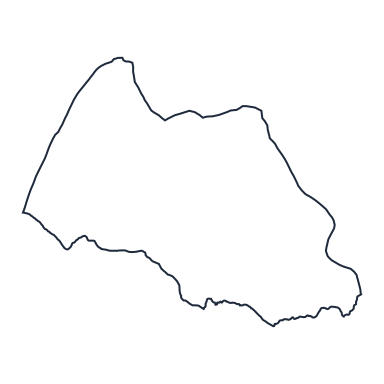 the district of Phaxay, Xiangkhoang, Laos
{"feature_id": "54806243B24491870004001", "entity_name": "Phaxay", "entity_type": "district", "adm_level": 2, "iso_a3": "LAO", "parent_name": "Laos", "parent_adm1": "Xiangkhoang", "projection": "equal_earth", "projection_center": [103.113, 19.269], "detail": "fine", "context": "isolated", "style": "outline", "palette": "slate", "viewbox_px": 384, "rotation_deg": 0, "n_neighbors": 0, "source": "geoboundaries", "source_scale": "gbopen_adm2", "svg_char_len": 5943}
<svg xmlns="http://www.w3.org/2000/svg" viewBox="0 0 384 384"><path d="M329.2,308.1L330.1,307.2L330.7,306.8L332.9,306.7L337.2,307.4L338.1,307.8L338.6,308.2L339.2,308.5L339.7,309.0L340.6,311.1L341.2,311.8L341.6,312.5L342.0,314.6L342.3,315.4L342.9,315.8L343.3,316.1L343.5,316.5L343.8,316.6L344.3,315.7L345.0,315.2L346.1,314.6L346.9,314.5L347.8,314.8L348.6,314.7L349.1,314.5L349.4,314.2L349.6,313.3L349.7,312.5L350.0,311.6L350.4,311.2L351.8,310.6L353.0,309.5L353.5,309.0L353.7,308.3L353.8,306.5L354.0,305.7L354.3,305.2L355.4,304.7L356.1,304.1L356.1,303.2L356.0,302.1L356.1,301.4L356.8,300.1L357.0,299.2L357.1,297.7L357.2,297.1L357.5,296.6L358.0,296.1L360.5,294.8L361.0,294.3L360.8,294.2L360.3,289.2L358.6,282.6L356.5,274.8L354.2,271.8L350.7,268.8L343.0,266.4L339.1,264.6L331.9,260.4L329.7,258.4L327.7,256.2L326.5,252.9L325.9,250.6L326.6,246.7L328.4,239.2L330.6,234.9L332.9,230.7L334.1,228.3L334.7,224.9L333.6,220.3L332.1,217.5L329.7,214.6L326.0,209.2L321.0,204.8L318.0,202.3L315.3,200.2L310.9,197.2L305.4,194.1L301.7,190.3L298.1,185.6L297.2,183.2L293.9,176.4L291.1,171.5L286.9,162.8L284.7,158.9L282.5,155.4L277.2,147.9L275.2,144.0L273.3,141.8L269.8,138.3L269.2,135.3L267.8,130.1L267.3,125.3L264.8,121.2L262.3,118.1L261.4,110.8L254.9,107.5L246.2,106.1L242.5,106.1L240.7,107.5L236.6,109.9L230.6,110.5L227.5,111.9L219.1,114.9L212.7,116.3L206.9,116.6L202.8,117.7L199.7,115.1L194.7,112.1L189.3,110.8L179.9,113.8L174.9,115.2L168.2,118.5L165.0,120.4L162.1,118.2L159.0,115.4L153.9,112.4L151.2,110.4L146.9,103.1L144.9,100.4L143.2,96.6L141.3,93.7L138.1,87.2L134.8,82.0L133.9,75.9L133.1,71.9L133.2,66.9L132.3,62.7L128.8,61.5L126.0,61.5L123.5,60.3L122.4,57.8L117.9,57.9L113.7,59.2L112.1,61.3L111.0,62.0L105.4,63.8L100.9,66.1L98.0,68.2L96.1,70.1L94.7,71.8L93.6,73.4L92.0,75.5L90.9,76.7L89.6,78.6L87.7,81.0L86.1,82.9L83.7,85.9L79.0,91.7L77.0,94.5L74.0,99.5L68.6,110.7L66.9,114.8L65.2,117.9L62.1,124.9L60.4,127.7L58.3,131.9L55.0,135.0L54.5,136.1L53.4,137.9L50.6,143.6L48.9,147.6L46.6,154.0L44.7,158.8L40.8,166.5L36.0,176.3L33.4,183.4L30.7,189.6L28.6,195.5L26.9,200.6L24.8,207.6L23.0,212.6L23.4,212.6L26.5,213.3L28.7,213.9L29.8,214.5L30.8,215.5L32.3,216.4L33.6,217.6L35.2,218.6L36.5,220.0L37.5,220.4L38.0,221.1L39.1,221.6L40.0,222.4L40.5,223.0L41.4,224.4L42.8,225.8L43.2,226.9L44.8,228.9L45.8,229.2L47.1,230.1L48.1,231.4L49.0,231.6L49.3,231.8L50.0,232.7L50.3,233.0L51.0,233.3L52.1,234.2L53.7,234.8L56.6,237.8L57.3,238.9L58.1,239.7L59.1,240.4L59.4,240.7L60.3,242.0L61.9,244.6L64.5,248.1L65.4,248.7L66.3,249.2L67.2,249.4L67.5,249.4L68.0,249.3L69.6,248.0L70.5,247.1L71.3,245.9L72.1,243.7L72.4,243.3L72.8,242.9L73.3,242.7L74.2,242.6L75.1,241.8L75.9,240.6L76.5,240.0L77.2,239.8L77.7,239.3L78.2,238.9L78.5,238.4L79.0,238.1L79.8,237.8L80.4,237.7L81.0,237.4L81.4,237.3L81.8,237.0L82.2,236.5L82.8,236.2L84.9,235.8L86.0,236.6L86.7,237.2L87.1,238.1L87.4,239.1L87.9,240.0L88.7,240.6L89.2,240.7L90.3,240.7L91.3,240.6L92.7,240.7L93.4,240.6L94.5,241.0L95.0,241.8L95.4,242.6L95.9,243.3L96.2,244.2L98.0,246.6L99.5,247.7L100.5,248.1L101.3,249.0L106.0,249.7L108.4,250.4L109.8,250.7L114.5,250.8L115.6,250.6L116.7,250.9L118.0,250.6L120.9,250.4L124.8,250.4L126.1,250.7L127.4,251.3L128.7,251.8L131.9,252.1L136.0,251.8L140.7,250.8L142.0,250.8L143.0,251.3L143.8,251.9L145.0,252.4L145.7,254.1L145.6,255.1L147.4,257.2L148.5,257.5L149.9,258.4L151.6,260.5L153.0,261.5L155.5,262.5L157.2,263.3L158.8,263.8L161.4,268.7L163.1,270.3L165.8,272.6L167.7,274.5L169.5,275.0L172.1,276.1L173.5,277.3L177.0,281.1L178.6,283.9L179.3,285.3L179.5,287.6L179.6,290.8L180.0,293.2L180.6,294.9L181.2,295.8L181.0,296.7L181.2,297.7L181.7,298.5L182.5,299.4L183.5,300.4L185.7,300.6L187.9,302.2L189.7,303.7L192.5,305.3L197.0,305.4L198.5,305.6L200.1,306.7L203.7,309.0L203.9,308.7L204.0,308.0L204.2,307.6L204.5,307.3L205.2,307.0L205.4,306.6L205.6,305.5L205.6,303.8L205.7,303.5L206.1,302.7L206.5,301.6L207.0,299.7L207.3,299.2L207.5,298.9L208.1,298.7L209.8,298.7L210.7,299.0L211.1,298.9L211.2,299.2L212.2,301.0L212.6,301.6L213.0,302.0L213.4,302.3L213.7,302.4L214.6,302.5L214.8,302.6L215.0,303.0L215.5,303.3L215.6,303.5L215.4,304.3L215.4,304.6L215.5,304.8L215.8,304.8L216.1,304.7L216.8,304.4L217.1,304.2L217.2,303.7L217.3,302.8L217.4,302.6L218.0,302.5L219.1,302.7L219.4,302.6L220.3,301.7L220.6,301.7L220.8,301.7L221.1,302.0L221.6,302.6L221.8,302.6L222.2,302.3L223.0,301.2L223.4,300.9L224.2,300.6L224.8,300.6L225.1,300.7L226.1,301.1L226.5,301.7L227.4,301.7L227.6,301.8L229.3,302.7L229.9,302.9L231.6,302.9L232.3,302.7L232.8,302.6L234.0,302.9L234.8,303.0L235.4,303.2L236.9,304.0L237.4,304.2L238.4,304.0L238.8,304.1L239.1,304.2L239.4,304.5L239.8,305.3L240.0,305.5L240.5,305.1L241.5,305.4L242.1,305.5L242.5,305.4L243.8,304.7L244.2,304.6L244.6,304.6L245.6,304.8L246.6,304.8L247.3,305.3L248.4,305.9L249.2,306.6L250.3,307.0L251.1,308.2L251.3,308.1L252.1,308.6L254.4,310.6L259.2,315.6L260.8,316.8L261.8,318.4L262.8,319.7L263.5,320.2L265.1,321.1L267.2,322.7L268.6,323.6L270.3,324.5L272.8,326.0L273.4,326.2L273.9,326.2L274.2,326.0L274.4,325.6L274.5,324.4L274.7,324.0L274.9,323.9L275.9,324.0L277.3,323.4L277.9,323.1L278.5,322.4L278.8,322.1L279.0,321.5L279.2,321.2L279.9,320.5L280.2,320.4L280.7,320.4L281.0,320.4L281.5,320.2L282.7,320.3L283.8,319.3L284.1,319.2L285.1,319.3L285.7,319.2L286.8,319.4L287.6,319.4L287.8,319.6L288.2,319.7L288.7,319.8L289.2,319.7L290.9,318.8L291.7,317.8L292.8,317.3L293.2,317.6L293.4,318.0L293.8,318.6L294.2,318.8L294.8,319.0L295.4,318.7L295.8,318.7L296.5,318.2L296.9,318.0L297.8,318.0L299.3,316.9L299.8,316.6L300.4,316.6L301.1,316.8L302.2,316.9L303.0,317.1L304.1,317.1L305.3,317.0L306.9,315.7L307.6,315.5L307.8,315.4L308.6,316.0L309.2,316.0L309.4,316.1L310.1,315.9L310.5,316.1L311.2,316.4L311.8,316.7L312.4,317.4L312.8,317.4L313.0,317.4L313.3,317.5L314.1,317.5L315.8,316.7L317.0,315.3L318.1,313.2L318.8,312.1L319.2,311.3L320.0,310.6L320.7,308.8L321.5,308.1L322.5,307.9L324.8,307.9L325.4,308.3L326.6,308.8L326.9,308.8L327.7,309.1L328.4,308.8L329.2,308.1Z" fill="none" stroke="#1e293b" stroke-width="2"/></svg>